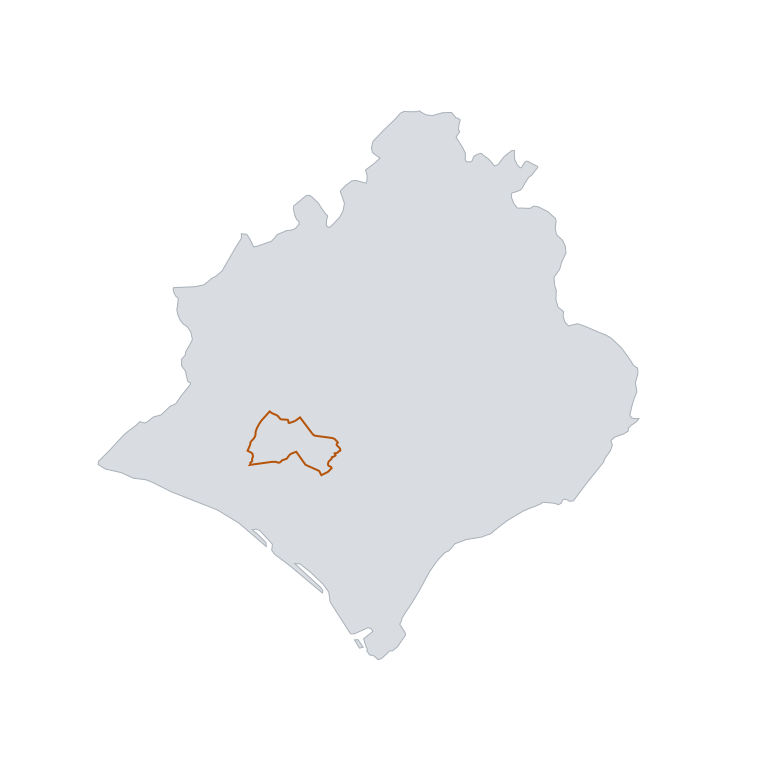 Ivory Coast, with Fromager highlighted, rotated 46°
{"feature_id": "CIV-3445", "entity_name": "Fromager", "entity_type": "Region", "adm_level": 1, "iso_a3": "CIV", "parent_name": "Ivory Coast", "parent_adm1": "", "projection": "natural_earth1", "projection_center": [-5.843, 6.159], "detail": "fine", "context": "in_parent", "style": "outline", "palette": "amber", "viewbox_px": 768, "rotation_deg": 46, "n_neighbors": 0, "source": "natural_earth", "source_scale": "10m", "svg_char_len": 5136}
<svg xmlns="http://www.w3.org/2000/svg" viewBox="0 0 768 768"><g transform="rotate(46 384 384)"><path d="M212.2,168.6L214.3,168.5L219.7,166.7L224.7,162.5L229.3,153.8L235.5,146.8L242.5,147.3L244.5,146.0L247.0,145.8L249.9,150.4L252.8,153.9L254.9,154.0L256.5,160.6L269.2,163.4L274.7,165.2L279.3,170.0L280.9,170.2L282.8,169.1L284.3,167.4L284.7,165.6L282.7,161.2L283.6,157.3L285.6,153.8L288.9,153.6L293.8,152.6L299.5,152.6L303.8,153.2L305.4,149.7L303.9,139.9L304.3,134.4L305.0,129.9L306.5,128.0L312.8,133.8L318.6,135.8L322.8,136.0L323.9,134.9L322.2,128.6L322.6,126.7L324.2,125.6L326.9,125.0L334.2,122.4L335.0,122.9L336.4,132.8L335.8,136.1L337.3,142.8L339.2,149.0L339.1,151.6L337.5,155.4L335.6,159.0L335.8,160.4L338.8,162.9L344.4,165.3L350.2,165.9L353.5,162.3L356.8,159.3L359.2,156.7L360.0,152.8L363.7,149.9L374.2,146.3L383.9,145.8L386.3,146.9L390.7,152.4L396.2,156.1L404.7,155.7L410.8,157.9L416.2,162.1L419.7,171.4L423.6,178.1L425.4,187.7L431.5,192.7L436.3,195.0L442.9,201.9L449.7,205.4L456.7,204.6L459.9,208.3L465.2,210.8L470.4,211.0L475.0,203.0L481.0,199.8L496.4,193.4L502.5,190.5L508.6,188.7L523.4,188.1L537.1,190.1L544.0,191.6L548.6,190.5L553.1,194.3L557.7,202.3L561.4,204.8L565.3,207.6L568.1,213.9L571.5,220.1L573.3,222.9L577.4,229.1L581.0,229.2L584.4,226.5L585.9,224.5L586.6,228.6L585.3,235.2L585.6,239.3L587.5,240.8L586.5,246.1L582.4,255.0L582.4,260.3L586.5,262.0L589.3,267.6L591.1,277.2L592.8,280.4L593.0,282.4L595.9,305.7L599.6,329.0L597.3,332.0L594.2,332.9L592.1,334.0L591.6,336.2L592.9,339.4L592.0,342.3L588.1,344.3L579.6,351.7L579.0,354.7L576.7,361.0L574.9,364.8L572.1,372.0L567.7,390.9L566.1,406.6L565.8,411.4L564.1,414.8L562.2,419.6L552.9,433.1L548.2,444.0L548.8,448.8L549.0,453.6L547.6,457.1L547.9,466.3L549.1,474.1L550.7,481.7L557.5,503.3L561.0,516.3L563.2,526.9L565.1,534.0L566.9,536.8L567.7,539.6L577.7,541.5L579.6,543.1L582.4,556.8L581.9,563.1L579.9,565.4L580.0,570.7L579.6,577.2L578.1,579.8L572.5,580.1L568.7,582.6L563.7,581.6L563.2,580.0L560.5,579.4L553.1,575.7L554.3,563.8L550.9,563.3L548.2,564.8L543.0,579.1L540.5,581.6L503.4,574.2L495.4,568.3L485.7,566.9L468.9,567.6L455.1,569.4L451.1,573.0L486.1,570.9L489.8,571.3L491.6,573.5L447.4,578.2L430.5,581.0L425.5,580.2L421.8,575.6L403.4,575.1L399.7,576.6L397.4,580.0L404.6,579.2L416.0,579.0L419.1,581.6L383.4,585.0L358.7,591.4L348.2,596.2L313.8,611.9L292.8,619.3L287.2,622.0L277.7,629.7L265.4,634.5L251.6,643.5L243.2,645.6L241.3,642.7L241.1,627.4L239.9,607.0L240.4,599.2L241.5,591.8L241.5,585.7L245.7,583.4L246.8,580.9L247.5,572.9L251.4,565.7L251.5,553.1L252.6,550.5L253.5,547.2L251.8,538.9L249.7,523.3L248.6,522.3L247.7,523.0L245.5,523.2L236.8,517.9L230.1,516.9L225.5,512.3L225.2,507.1L222.9,504.0L221.3,498.0L219.0,491.0L212.4,486.8L206.2,485.8L201.8,486.7L196.7,486.4L190.8,484.1L186.7,481.5L182.8,476.4L179.3,472.3L176.4,472.8L172.9,471.9L169.5,470.0L168.4,468.6L182.7,452.4L187.6,444.5L188.1,439.7L188.2,434.8L189.8,429.8L190.2,422.1L182.3,394.4L180.3,385.8L178.2,383.3L176.8,382.4L180.8,378.8L186.3,379.7L194.8,382.5L196.6,379.8L203.1,365.8L202.9,360.6L202.3,357.0L206.0,347.4L209.0,343.7L210.6,339.7L210.1,334.2L207.8,332.2L204.9,332.6L201.3,331.2L195.9,328.1L193.2,325.3L194.1,312.6L194.6,308.7L196.5,306.5L199.5,305.9L207.8,305.5L214.6,306.9L220.6,307.8L223.8,307.7L226.3,311.5L229.7,315.3L232.8,315.3L233.8,312.4L233.2,300.0L231.1,293.3L226.6,287.0L214.8,281.5L214.5,273.9L215.7,265.7L218.3,262.6L227.1,257.4L225.5,254.6L222.7,251.6L217.2,248.6L218.5,238.7L218.8,229.9L214.1,230.9L209.2,231.4L205.2,228.7L201.8,223.3L201.2,208.6L201.2,191.6L200.6,184.1L201.9,180.1L206.0,176.4L210.6,171.6L212.2,168.6ZM558.9,581.8L557.0,585.1L547.6,583.0L549.8,580.3L558.9,581.8Z" fill="#d9dde1" stroke="#a8b0b8" stroke-width="1"/><path d="M389.3,457.7L394.0,457.8L394.1,458.3L394.4,459.9L395.2,460.5L399.1,460.4L400.7,460.9L401.6,461.9L400.9,463.7L401.2,465.0L400.5,466.2L399.6,467.7L400.7,468.2L401.6,468.3L401.8,468.7L401.4,469.9L401.3,470.9L401.1,471.3L400.7,471.8L400.4,472.5L400.7,472.9L401.2,473.3L401.4,473.8L401.3,476.0L401.4,477.6L401.9,478.9L403.1,480.3L404.3,480.7L406.8,479.7L408.2,480.2L408.2,483.0L408.3,483.6L408.2,485.7L406.1,492.4L402.8,491.4L401.3,491.1L387.6,496.6L371.8,494.2L369.8,498.8L369.4,500.6L369.7,503.6L370.1,505.3L370.1,506.1L368.1,510.3L368.2,511.7L368.1,513.3L367.9,513.8L367.5,514.4L366.5,515.1L365.8,515.4L365.3,515.5L362.0,518.9L349.0,536.7L348.8,535.8L348.6,535.5L348.2,535.3L347.9,535.1L347.8,534.5L347.8,534.0L348.0,533.1L347.9,532.7L347.8,532.3L347.5,532.0L346.0,530.6L345.4,529.0L345.1,528.6L343.4,527.4L342.9,527.1L341.2,527.2L337.2,528.5L335.0,523.1L334.6,522.3L334.3,521.8L334.0,521.6L333.5,521.1L333.2,520.6L333.0,519.8L332.7,515.2L332.5,514.6L332.3,513.8L331.8,512.6L331.4,512.0L330.9,511.2L329.9,510.3L329.7,510.1L329.3,509.6L328.9,509.0L327.5,506.2L326.1,501.8L325.2,497.9L324.3,485.3L326.4,485.0L329.0,484.2L331.2,483.1L332.4,482.8L333.4,482.6L336.9,482.9L337.7,482.7L338.3,482.3L342.5,478.4L342.8,478.2L343.1,478.1L343.5,478.2L343.8,478.4L345.1,479.2L345.7,479.6L346.1,479.3L346.7,478.4L348.4,474.6L349.0,472.6L349.7,467.6L371.0,470.2L373.1,469.7L387.1,458.6L389.3,457.7Z" fill="none" stroke="#b45309" stroke-width="2"/></g></svg>